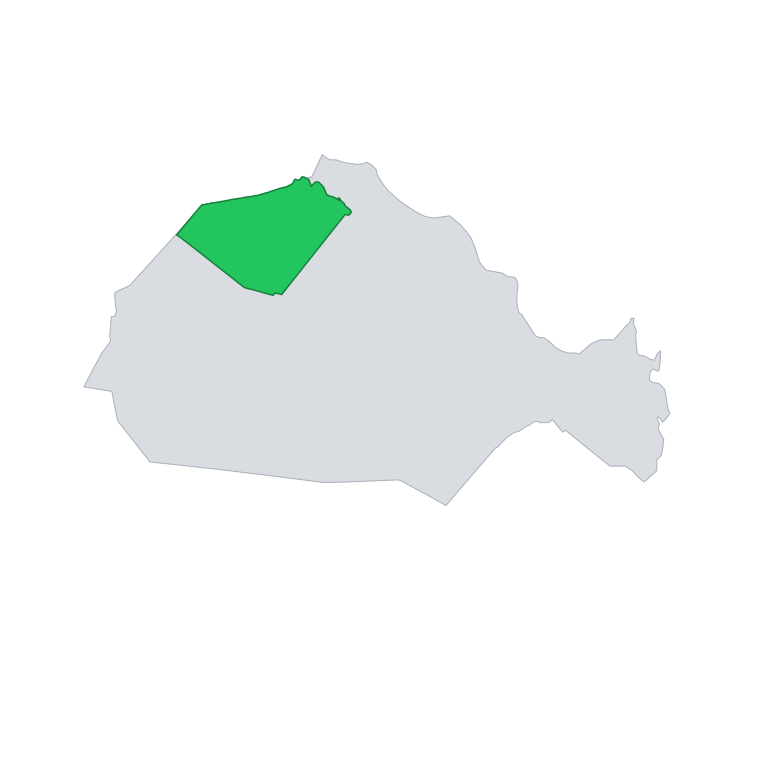 N'Gourti, Diffa, Niger (highlighted), rotated 218°
{"feature_id": "23599985B32057380818540", "entity_name": "N'Gourti", "entity_type": "district", "adm_level": 2, "iso_a3": "NER", "parent_name": "Niger", "parent_adm1": "Diffa", "projection": "orthographic", "projection_center": [13.567, 16.185], "detail": "fine", "context": "in_parent", "style": "filled", "palette": "green", "viewbox_px": 768, "rotation_deg": 218, "n_neighbors": 0, "source": "geoboundaries", "source_scale": "gbopen_adm2", "svg_char_len": 4493}
<svg xmlns="http://www.w3.org/2000/svg" viewBox="0 0 768 768"><g transform="rotate(218 384 384)"><path d="M573.9,526.6L567.7,526.7L564.1,527.8L559.6,531.3L554.6,532.7L548.5,535.7L544.6,538.1L541.0,540.0L536.0,544.7L534.3,548.2L529.3,548.9L522.4,548.3L518.0,544.6L507.7,540.8L501.1,539.2L498.0,538.7L482.4,537.9L465.7,539.1L457.2,540.7L455.6,541.1L450.8,543.3L446.7,545.7L435.7,557.0L421.4,556.4L413.0,554.9L405.9,552.9L395.9,547.3L383.6,538.8L378.8,537.5L374.5,536.8L373.1,536.8L358.1,544.6L355.2,544.3L351.7,545.1L349.4,547.1L347.6,548.1L345.9,548.2L343.5,547.7L341.3,546.3L339.1,544.0L333.2,534.7L332.0,533.0L329.5,530.2L325.2,525.9L322.3,523.8L320.5,523.3L318.4,523.5L306.6,519.5L294.9,515.2L292.3,515.6L290.4,516.3L286.2,519.0L281.4,519.3L275.3,518.8L272.0,518.3L266.5,519.0L262.9,519.9L258.1,521.7L251.8,526.6L250.0,527.2L248.5,528.0L245.9,542.1L244.1,546.3L240.8,551.8L234.5,557.0L230.2,560.0L229.9,564.4L229.3,571.6L229.1,576.6L229.3,579.8L228.5,581.3L228.2,582.7L228.3,584.8L229.3,585.9L229.8,587.2L229.4,588.3L227.4,589.5L225.3,586.1L222.6,583.7L219.5,582.5L217.5,580.8L216.5,578.4L212.7,573.8L203.7,564.4L202.8,564.2L201.3,563.7L198.6,564.7L196.9,566.0L195.8,566.5L194.1,566.5L189.6,567.4L186.1,568.7L185.9,569.8L187.3,576.6L186.4,580.2L184.9,578.4L180.1,571.4L176.8,566.2L176.2,565.0L175.8,563.3L176.2,562.5L177.6,562.1L180.8,561.6L181.4,561.1L181.7,559.8L181.3,557.2L179.7,553.6L177.9,551.2L176.9,550.7L175.0,550.5L172.9,550.7L168.8,553.3L167.1,553.7L163.1,553.2L159.5,552.5L157.4,550.9L151.1,544.9L144.2,538.6L141.3,537.5L140.6,536.9L140.4,532.3L140.8,526.9L141.2,525.4L144.2,526.5L147.3,527.1L148.4,526.1L145.9,524.1L142.4,521.9L141.2,518.8L140.2,517.7L138.6,516.5L136.8,515.9L134.9,514.9L133.7,514.0L131.6,513.4L129.4,512.7L126.4,507.6L123.5,502.7L121.9,498.9L121.4,496.7L122.5,492.9L121.7,491.4L118.4,487.3L115.7,483.5L116.7,478.1L117.6,473.5L117.8,470.6L118.4,469.0L118.8,467.1L120.8,466.7L125.7,467.1L135.2,468.5L142.9,468.0L143.3,467.9L149.0,463.3L155.3,458.5L164.3,458.5L174.1,458.5L181.8,458.7L193.0,458.9L202.1,459.1L212.6,459.3L213.0,456.9L213.7,456.3L214.7,456.3L222.3,458.0L229.5,459.6L230.3,455.1L236.9,449.8L240.6,448.8L241.5,447.9L242.8,446.0L243.6,443.1L244.0,441.0L245.4,439.4L246.6,436.2L248.1,430.7L252.0,425.0L254.4,417.2L255.1,409.5L255.7,403.7L256.8,402.5L257.3,392.2L257.8,381.8L258.2,372.9L258.7,362.0L259.2,352.4L259.7,341.9L260.1,332.6L260.4,326.4L267.7,325.3L275.3,324.1L286.4,322.3L298.3,320.3L311.4,318.2L314.4,316.7L324.5,308.1L329.1,304.2L338.2,296.5L345.2,290.5L354.1,282.9L363.4,275.3L370.9,269.2L382.5,262.4L399.9,252.0L417.3,241.6L434.7,231.2L451.9,220.8L469.2,210.3L486.3,199.7L503.4,189.1L520.4,178.5L537.4,182.7L553.5,186.7L569.7,190.6L573.5,192.8L582.2,200.4L593.3,210.2L593.8,210.4L594.3,210.4L604.9,204.6L618.7,197.0L622.5,217.3L625.4,234.9L625.7,246.0L625.9,249.0L627.0,250.9L629.6,252.9L640.2,269.0L638.0,271.8L639.6,276.8L642.3,278.9L651.1,288.5L652.3,290.4L651.8,291.9L645.9,303.3L644.9,306.1L643.9,320.6L643.1,330.9L642.1,344.9L640.9,361.8L639.9,376.0L638.6,394.8L637.3,412.5L628.5,422.4L612.8,439.8L599.9,453.9L593.4,463.4L580.8,481.8L575.1,493.8L570.7,500.0L568.4,502.6L570.4,511.4L573.9,526.6Z" fill="#d9dde1" stroke="#a8b0b8" stroke-width="1"/><path d="M518.0,500.5L519.6,500.5L521.4,500.5L523.8,500.3L526.5,501.7L528.4,501.9L531.6,502.0L532.2,502.7L533.5,502.9L534.5,502.5L534.4,501.9L532.1,501.8L532.5,501.0L535.1,500.9L537.9,500.5L540.6,499.5L543.2,498.3L545.1,498.3L545.6,497.8L548.2,499.4L553.1,502.0L559.6,502.9L562.1,501.3L562.3,500.8L562.9,497.4L563.1,495.1L569.3,498.9L570.7,498.6L571.8,498.2L573.5,498.1L574.8,497.7L576.2,496.6L576.2,494.3L575.5,493.6L576.3,493.0L576.4,492.4L578.0,491.2L579.3,491.1L580.2,490.5L580.1,488.3L579.6,487.5L579.6,485.2L580.8,482.5L581.9,480.3L582.2,478.9L584.1,477.0L584.7,476.5L584.8,475.9L586.7,473.8L587.6,472.3L588.8,470.4L590.8,467.5L591.8,466.3L592.2,465.1L594.1,462.7L596.4,459.4L597.8,457.6L600.2,454.1L601.3,453.4L602.7,451.4L607.1,446.9L608.2,446.3L608.3,445.6L610.7,442.9L614.2,439.2L618.2,434.9L620.9,431.7L623.0,429.4L623.6,428.5L624.6,427.6L627.0,424.7L628.0,424.1L629.1,422.6L629.4,421.7L630.7,421.4L633.7,417.2L634.6,416.9L635.8,414.9L637.8,413.3L638.1,407.8L638.7,390.4L639.1,373.8L635.1,374.1L628.5,374.2L553.3,374.0L549.6,375.6L545.2,377.6L526.0,385.5L525.9,388.4L522.8,390.2L519.7,391.5L519.0,493.7L517.9,494.2L516.8,494.7L515.6,495.6L515.4,498.6L515.7,499.4L516.3,499.8L517.4,500.0L518.0,500.5L518.0,500.5Z" fill="#22c55e" stroke="#15803d" stroke-width="1.5"/></g></svg>